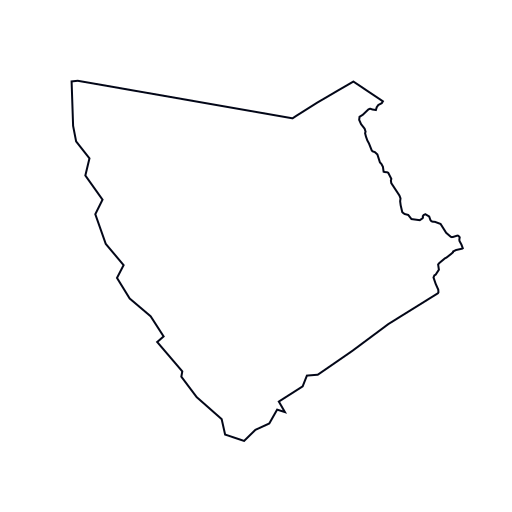 Greene, Tennessee, United States of America, rotated 277°
{"feature_id": "52423323B75014079638055", "entity_name": "Greene", "entity_type": "district", "adm_level": 2, "iso_a3": "USA", "parent_name": "United States of America", "parent_adm1": "Tennessee", "projection": "equal_earth", "projection_center": [-82.804, 36.17], "detail": "fine", "context": "isolated", "style": "outline", "palette": "ink", "viewbox_px": 512, "rotation_deg": 277, "n_neighbors": 0, "source": "geoboundaries", "source_scale": "gbopen_adm2", "svg_char_len": 1581}
<svg xmlns="http://www.w3.org/2000/svg" viewBox="0 0 512 512"><g transform="rotate(277 256 256)"><path d="M425.0,363.1L441.0,331.4L429.9,316.7L415.7,298.1L400.1,279.0L397.1,275.5L408.2,57.7L406.8,51.7L362.9,58.6L347.8,63.5L332.6,78.8L315.1,76.8L293.2,96.8L277.9,91.4L249.7,105.4L230.8,125.7L217.3,120.7L198.4,135.8L183.3,158.8L164.9,174.1L158.6,168.4L132.5,196.9L127.1,196.6L108.7,214.3L89.9,241.8L75.0,247.1L71.0,266.7L83.4,276.6L91.4,289.6L106.1,295.7L104.6,303.7L114.3,296.4L132.3,318.2L143.5,321.1L145.7,331.8L173.6,363.2L204.7,395.8L241.2,441.1L242.2,441.5L244.8,441.0L250.3,437.7L256.3,434.8L258.5,435.4L259.4,436.6L264.7,439.2L269.8,437.8L271.5,438.9L276.8,443.9L277.6,445.2L281.8,449.4L283.7,451.1L284.5,451.1L286.3,453.8L288.4,459.7L288.9,460.3L292.4,458.5L295.6,456.2L296.9,455.8L299.4,455.9L300.7,454.4L300.8,453.4L298.9,449.2L298.6,447.9L298.8,447.0L302.2,441.9L310.3,435.3L311.7,429.5L311.6,426.8L312.1,425.6L313.0,424.7L316.3,423.1L318.1,419.0L317.1,417.4L315.8,416.7L314.7,417.0L313.8,416.8L311.5,414.2L311.6,406.6L311.6,405.8L315.3,402.1L315.8,398.4L316.6,396.9L317.4,395.8L324.0,393.4L327.9,392.4L330.8,392.4L333.5,391.0L344.8,381.4L347.3,380.7L349.1,380.9L354.7,377.1L355.1,375.9L355.0,373.8L355.2,372.4L360.0,371.1L362.7,369.2L364.0,367.6L371.6,364.1L373.6,361.3L374.1,358.9L374.9,358.0L381.5,354.4L384.3,352.4L387.9,350.6L391.2,349.3L392.7,349.6L395.6,348.3L399.7,344.2L403.7,341.8L406.8,341.8L409.2,344.8L415.2,349.7L416.1,351.3L415.6,353.8L415.5,357.2L418.4,357.7L420.8,359.0L423.0,362.2L425.0,363.1Z" fill="none" stroke="#020617" stroke-width="2"/></g></svg>